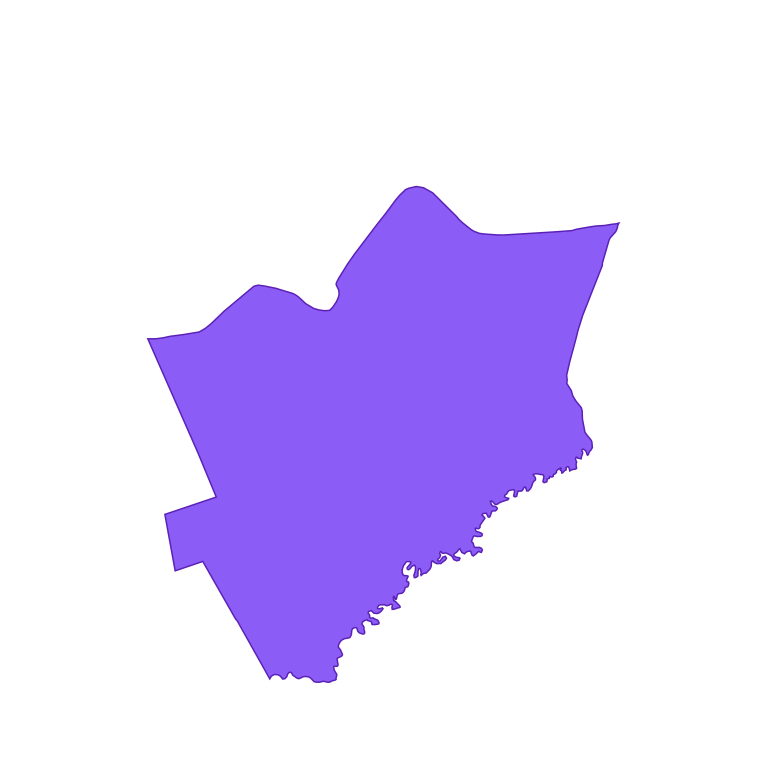 Phnum Srok, Bântéay Méanchey, Cambodia (Robinson projection), rotated 48°
{"feature_id": "14789045B65441880035509", "entity_name": "Phnum Srok", "entity_type": "district", "adm_level": 2, "iso_a3": "KHM", "parent_name": "Cambodia", "parent_adm1": "Bântéay Méanchey", "projection": "robinson", "projection_center": [103.399, 13.843], "detail": "fine", "context": "isolated", "style": "filled", "palette": "violet", "viewbox_px": 768, "rotation_deg": 48, "n_neighbors": 0, "source": "geoboundaries", "source_scale": "gbopen_adm2", "svg_char_len": 6170}
<svg xmlns="http://www.w3.org/2000/svg" viewBox="0 0 768 768"><g transform="rotate(48 384 384)"><path d="M571.5,274.2L570.7,271.7L566.0,268.2L563.9,267.6L557.2,267.3L554.2,266.9L543.0,260.1L536.5,254.7L533.6,253.2L525.4,252.8L522.2,252.3L518.3,251.3L514.2,249.2L505.9,247.8L503.6,245.2L499.7,242.4L491.7,231.0L478.0,209.8L474.0,204.0L466.0,190.5L442.1,142.6L440.2,140.7L427.5,120.2L426.7,117.8L425.9,110.0L424.5,106.8L422.3,103.7L421.6,101.8L420.3,104.3L418.1,107.3L413.8,114.0L408.4,120.8L405.3,125.4L397.9,137.2L395.7,141.8L384.6,156.1L353.5,195.2L349.2,199.9L339.3,209.4L335.9,212.3L331.1,214.8L327.8,215.9L317.0,217.7L311.4,218.2L308.6,218.0L274.6,219.9L264.6,223.3L258.8,227.9L255.1,234.6L254.0,237.8L254.2,245.8L255.0,251.8L258.4,268.7L260.8,282.7L267.6,318.4L270.5,330.9L275.2,347.2L276.9,351.6L278.2,353.1L284.1,354.9L287.2,357.2L289.1,359.9L291.0,364.2L292.6,370.5L292.9,375.1L290.0,378.9L286.0,382.4L281.0,385.6L272.0,388.4L262.2,389.3L258.9,390.0L255.9,391.1L240.6,400.3L231.8,406.8L226.4,411.3L224.3,415.3L222.9,454.1L223.5,471.9L223.1,479.7L221.7,486.5L212.8,500.4L205.4,511.1L202.1,516.9L197.9,523.1L192.4,529.3L311.2,568.5L355.8,584.3L334.3,634.1L383.1,664.2L394.6,637.4L459.6,651.6L461.6,651.5L526.7,666.2L525.8,663.4L525.9,662.1L526.6,659.7L529.2,657.3L531.8,656.5L535.5,656.7L536.7,654.8L536.5,652.2L536.0,651.1L535.2,650.0L534.9,648.6L535.0,647.2L536.0,646.1L537.8,646.1L539.0,646.7L544.4,645.5L546.1,644.4L547.4,640.2L548.4,638.5L550.6,636.5L551.7,635.8L553.4,635.3L558.5,635.1L560.5,633.6L562.7,631.1L564.4,627.9L568.2,625.2L568.9,624.2L569.4,623.3L570.0,620.9L571.3,618.6L571.5,617.3L570.5,616.5L568.9,614.1L568.1,613.4L563.5,612.5L560.9,611.0L560.3,610.2L562.5,607.6L562.3,606.5L561.3,605.6L556.8,602.8L556.6,601.7L557.0,600.8L557.8,597.8L557.8,596.7L557.3,595.9L552.7,594.3L549.2,594.0L548.2,593.4L547.2,591.7L546.2,589.0L546.1,586.4L546.8,583.8L549.3,579.8L549.5,578.6L548.4,575.9L545.6,572.9L545.0,571.8L544.8,570.8L545.5,568.7L546.3,567.9L547.2,567.5L550.1,568.9L552.4,568.9L555.0,567.5L556.3,566.3L556.2,565.3L555.5,564.3L553.1,563.2L551.3,561.6L549.6,561.2L548.0,561.2L547.1,560.4L546.5,558.9L546.9,556.4L547.9,554.2L548.9,554.4L551.4,552.8L552.1,552.5L554.7,553.8L556.6,551.9L558.4,549.2L558.7,548.1L557.8,547.3L556.2,546.8L554.8,546.9L551.8,548.4L550.6,548.5L549.0,550.6L547.6,550.9L547.0,549.9L546.3,549.5L545.3,549.1L544.2,549.3L543.2,548.6L542.8,547.6L543.5,545.9L544.1,545.1L547.5,544.9L550.0,542.7L550.8,540.9L551.0,538.2L550.4,535.1L549.2,535.1L547.9,537.9L546.9,538.7L546.1,538.8L545.6,538.1L545.0,536.1L546.1,533.8L547.5,532.6L548.0,531.5L550.6,530.4L551.8,528.0L552.0,526.6L552.9,525.7L553.6,525.6L554.7,526.4L555.0,527.3L556.9,528.7L557.8,527.7L559.0,525.3L559.4,524.0L560.4,522.4L560.6,521.2L559.5,520.8L553.5,521.0L551.3,521.7L548.6,519.6L548.4,518.8L549.2,518.7L551.7,519.7L552.1,518.9L551.3,517.4L550.6,516.8L549.5,514.6L549.6,513.5L551.5,510.7L551.6,508.6L551.2,507.2L549.4,504.3L550.5,502.1L550.2,501.0L548.8,498.9L547.5,498.3L546.7,499.0L545.7,499.2L544.6,498.0L543.0,494.7L541.7,495.3L540.1,497.0L538.6,497.6L537.8,497.1L536.9,497.0L534.3,494.8L533.2,493.2L531.7,490.0L531.7,488.7L531.2,487.7L531.1,486.5L531.5,485.6L532.4,484.6L534.1,483.2L534.9,483.8L535.2,484.6L535.9,489.7L537.0,490.5L537.7,490.5L538.5,489.9L538.7,489.0L538.5,486.8L538.1,485.8L538.3,484.7L538.8,483.1L539.5,482.5L541.4,483.3L543.2,485.1L544.4,486.7L546.2,489.9L548.1,491.0L548.8,490.4L549.4,488.5L549.3,487.2L546.0,484.1L544.4,481.8L545.4,480.7L546.3,481.0L549.1,482.6L550.4,484.3L551.1,484.5L551.1,482.1L551.5,480.9L552.7,479.1L552.3,473.7L551.2,471.1L547.7,467.4L547.8,466.3L549.6,466.2L552.8,465.0L554.7,462.7L555.4,462.1L555.9,456.3L555.3,454.1L553.0,453.7L552.0,456.2L553.0,460.5L552.4,461.8L551.1,462.1L550.3,461.4L550.3,459.1L550.0,458.2L549.0,456.5L547.4,456.1L546.7,455.4L546.3,454.2L547.4,453.8L548.5,454.0L549.5,453.2L551.1,450.9L555.7,449.2L557.6,448.8L561.3,449.6L564.0,448.3L565.2,446.0L564.3,444.1L563.3,444.3L562.7,445.0L560.9,446.3L558.3,447.0L557.5,446.4L557.2,445.2L557.6,442.4L557.0,438.7L557.2,437.8L561.1,438.9L564.1,437.8L563.9,435.5L564.7,433.3L565.9,431.6L566.9,431.7L567.9,432.3L570.2,433.1L571.5,432.7L571.8,429.9L571.7,426.3L572.0,425.3L573.2,425.1L574.3,424.3L573.2,422.0L571.4,421.5L569.4,422.3L566.5,425.6L565.2,425.9L562.2,424.4L561.1,424.2L559.8,424.4L559.1,423.6L557.1,419.7L557.3,418.5L559.8,416.7L561.9,414.2L562.3,412.7L561.4,411.4L560.2,411.4L557.7,412.5L555.7,413.9L554.9,414.0L553.7,413.6L552.4,412.7L553.1,411.7L554.2,411.2L555.0,410.2L554.8,408.6L553.6,407.6L552.9,406.0L551.3,398.8L548.3,398.6L547.5,399.1L546.7,398.5L546.5,397.3L547.6,395.5L548.7,394.4L550.1,394.9L551.4,395.0L552.2,395.6L553.2,395.2L553.5,394.1L550.9,389.2L551.0,388.1L552.7,386.4L552.9,385.2L552.8,384.0L552.4,383.2L551.5,382.8L550.4,382.9L549.4,383.3L547.0,385.1L546.2,384.8L545.1,384.9L544.4,384.3L542.3,383.4L543.1,382.3L544.3,382.0L547.9,382.0L548.9,380.8L549.4,379.1L549.4,377.9L550.4,374.9L552.8,369.7L552.9,368.5L552.4,367.8L550.6,369.1L548.5,369.9L547.4,368.8L547.8,366.7L546.9,363.6L546.9,362.6L547.3,361.4L549.3,358.3L550.8,358.4L554.0,362.6L555.4,362.3L556.0,361.4L556.1,360.4L553.2,356.1L555.2,354.0L555.7,352.5L555.3,350.8L554.5,349.0L555.3,347.9L559.0,349.5L560.0,348.2L559.8,345.2L558.9,342.8L556.7,339.0L556.6,335.7L555.9,334.8L554.3,334.1L551.3,333.9L551.4,332.7L552.1,331.6L553.4,330.1L556.0,328.2L556.9,327.2L558.0,326.6L559.6,327.0L560.3,327.7L562.9,331.2L564.0,331.2L564.6,330.8L565.6,328.4L564.5,327.0L563.7,326.5L564.7,324.3L563.6,323.0L564.3,322.6L565.5,321.3L565.9,320.0L565.0,319.4L564.7,318.3L565.2,317.3L565.2,315.3L563.9,313.6L564.1,310.4L564.6,309.0L565.4,308.9L565.1,310.3L566.3,310.6L567.1,310.1L569.2,311.4L569.6,310.4L569.3,309.2L569.3,307.4L569.7,306.3L569.1,305.4L568.2,305.1L568.1,303.2L568.7,302.5L570.2,302.6L572.9,304.1L573.1,302.8L574.2,300.2L575.3,298.9L575.6,297.4L572.4,295.2L571.4,294.1L571.0,293.1L568.5,292.3L567.4,291.2L567.0,290.2L567.4,289.6L568.6,289.7L571.5,287.6L569.8,285.3L568.5,282.8L567.4,281.9L565.9,281.5L565.2,280.8L565.7,279.5L567.8,278.9L569.1,278.9L573.0,280.5L573.2,279.3L572.3,277.9L571.7,276.4L571.5,274.2Z" fill="#8b5cf6" stroke="#5b21b6" stroke-width="1.5"/></g></svg>